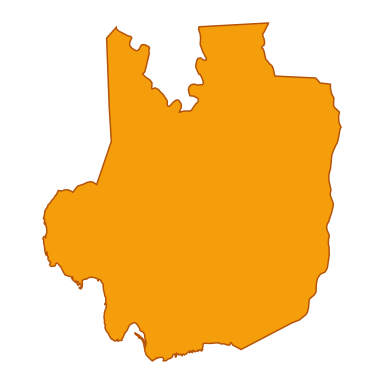 the district of Black Bay, Laborie, Saint Lucia
{"feature_id": "8701671B96951790647096", "entity_name": "Black Bay", "entity_type": "district", "adm_level": 2, "iso_a3": "LCA", "parent_name": "Saint Lucia", "parent_adm1": "Laborie", "projection": "equal_earth", "projection_center": [-60.985, 13.744], "detail": "fine", "context": "isolated", "style": "filled", "palette": "amber", "viewbox_px": 384, "rotation_deg": 0, "n_neighbors": 0, "source": "geoboundaries", "source_scale": "gbopen_adm2", "svg_char_len": 5887}
<svg xmlns="http://www.w3.org/2000/svg" viewBox="0 0 384 384"><path d="M106.6,38.2L109.2,106.5L111.3,141.5L96.7,184.5L92.8,182.1L89.8,181.8L87.0,182.5L83.5,184.2L77.7,186.1L72.8,192.3L71.3,191.2L68.0,189.8L64.5,190.0L61.6,191.0L58.3,190.5L56.8,193.9L54.9,196.3L54.2,197.8L51.8,200.3L51.3,201.3L49.8,203.2L48.0,205.1L47.6,206.5L45.1,210.4L44.2,216.4L43.4,218.3L43.5,218.7L44.6,219.1L44.4,219.8L44.8,221.1L44.2,222.2L44.3,223.4L44.7,224.1L45.3,223.0L45.7,223.4L46.0,226.1L46.6,227.8L46.8,232.1L46.4,233.9L45.7,235.4L45.8,237.5L45.6,237.7L44.8,236.6L44.1,236.5L43.2,237.6L42.9,238.9L43.4,239.2L43.8,241.7L43.6,242.8L44.3,245.5L44.9,250.8L45.7,254.3L46.3,255.1L46.6,255.3L46.8,255.0L46.8,251.8L46.9,251.4L47.4,255.9L48.3,256.5L48.0,257.8L48.1,259.4L48.3,259.9L49.3,260.8L49.4,261.6L50.7,262.1L50.5,263.0L49.6,264.5L50.0,265.5L51.4,266.5L52.2,266.2L54.6,266.1L55.1,265.7L56.0,263.4L56.5,263.0L57.4,263.1L60.8,267.0L63.7,272.7L65.3,275.1L66.8,275.4L68.2,276.1L72.1,276.9L71.7,278.2L72.0,278.4L72.6,277.8L73.0,277.9L72.3,279.2L72.4,279.8L73.6,280.1L74.4,281.5L75.0,282.0L75.8,282.2L76.2,281.0L77.3,281.9L78.7,281.6L77.2,282.8L76.9,283.2L77.0,283.6L78.0,285.2L78.5,285.2L79.3,283.5L79.7,283.4L79.8,284.4L80.8,284.4L81.1,284.8L81.4,286.0L81.2,286.4L80.2,287.4L79.3,287.4L79.4,288.2L80.2,288.8L80.7,288.9L81.5,288.2L82.1,287.0L82.5,284.0L82.0,281.0L83.5,279.6L85.1,279.1L86.6,279.1L88.8,277.5L91.4,277.3L94.4,277.6L97.7,278.9L97.6,280.0L97.8,280.6L98.2,280.8L99.2,279.4L100.7,280.1L101.5,282.3L103.2,284.2L103.4,284.9L102.9,286.0L103.3,287.5L103.4,289.1L104.6,294.1L104.7,295.7L105.6,297.2L105.9,299.9L105.8,302.3L104.9,303.7L104.8,304.4L105.3,304.6L106.2,304.1L106.4,304.9L106.1,307.5L104.5,312.2L104.0,317.5L104.5,320.4L104.4,322.9L105.3,325.5L105.0,327.8L106.3,331.0L108.3,333.6L110.3,337.7L111.7,339.2L112.4,339.1L113.4,340.3L113.9,340.3L114.8,341.0L116.0,340.9L117.5,339.5L117.8,340.9L118.1,341.2L118.4,341.2L119.0,340.5L121.1,340.5L122.0,340.2L122.0,339.2L122.4,338.1L123.2,337.2L123.5,336.2L123.9,335.6L124.1,334.6L124.9,333.1L127.1,330.3L129.2,325.7L130.2,324.7L133.2,322.8L135.2,322.8L136.7,324.0L139.2,327.5L140.3,330.7L142.9,332.0L144.2,333.5L144.7,335.5L144.7,337.2L145.9,341.2L145.9,342.4L146.1,342.4L145.5,346.5L145.3,346.2L145.3,344.2L144.5,342.3L144.1,340.6L141.9,337.7L140.5,336.9L139.6,335.6L136.0,333.4L135.2,332.9L134.8,333.3L136.0,334.8L138.5,336.5L138.8,337.8L139.5,338.3L140.4,338.1L142.3,340.3L142.9,341.3L143.8,344.5L144.4,347.3L144.8,350.5L146.1,354.6L148.4,357.3L152.3,361.0L153.7,359.8L153.9,360.0L155.8,358.8L156.0,358.0L156.9,358.3L159.4,357.4L161.1,357.3L162.4,357.5L163.2,358.1L163.8,359.3L163.6,360.1L163.2,360.6L163.6,360.9L165.6,360.7L166.6,360.3L168.5,358.8L169.4,358.8L172.0,357.4L172.9,354.8L174.7,354.1L175.2,354.0L175.4,354.3L175.2,356.7L175.6,357.0L176.3,356.6L176.1,354.5L176.6,353.4L177.3,354.4L177.6,354.2L178.5,354.6L178.6,354.2L179.1,354.8L180.4,354.7L180.6,354.3L182.0,355.7L182.4,354.8L182.9,354.1L184.5,354.9L185.3,354.2L186.6,353.8L187.4,352.4L188.3,352.0L188.7,351.8L189.5,352.6L190.1,352.2L190.3,350.7L190.6,350.6L190.8,351.0L190.6,351.7L190.8,352.0L191.6,352.1L191.9,351.8L192.3,352.5L192.7,352.1L192.9,350.5L193.4,350.3L194.6,351.7L195.4,351.6L196.6,350.9L197.4,351.0L197.7,350.5L198.2,350.4L198.4,350.9L199.0,349.9L199.7,349.9L200.9,350.6L201.2,350.3L201.2,350.8L201.7,350.9L202.7,349.4L202.2,348.3L203.0,346.4L202.9,344.7L203.1,343.9L204.5,343.3L211.3,343.4L214.6,343.0L217.8,342.9L219.8,343.2L221.0,344.0L223.6,343.7L227.6,345.0L229.4,345.1L229.8,344.9L230.4,343.1L230.8,342.7L231.6,343.3L232.8,345.1L241.1,349.5L292.1,322.8L299.5,319.9L306.0,314.5L307.2,312.6L307.9,310.5L308.6,306.8L309.2,300.0L309.5,299.2L309.9,298.6L314.0,295.2L315.7,292.7L316.0,291.6L316.2,286.6L316.6,282.3L317.4,279.0L318.0,277.5L320.4,274.2L323.0,272.9L324.3,272.5L325.1,271.8L325.9,270.9L327.1,268.4L327.5,267.1L329.1,255.8L329.3,253.7L329.0,248.7L329.1,247.0L328.5,244.7L328.3,242.3L328.6,239.1L329.2,236.9L329.2,235.4L328.9,234.4L327.2,230.4L326.7,228.1L326.6,226.5L327.3,224.0L328.9,221.3L330.1,216.9L331.5,213.1L333.1,206.3L333.3,204.2L333.2,203.3L330.3,195.3L330.2,194.1L331.0,189.8L329.3,182.5L328.9,179.7L328.9,175.0L329.3,172.8L330.5,168.6L331.8,154.9L333.9,149.3L337.5,141.9L338.5,137.8L340.0,129.4L341.1,127.1L339.4,123.8L338.8,120.7L338.6,116.5L338.7,115.2L339.4,113.1L339.2,111.9L334.7,107.6L333.8,106.2L333.5,104.0L333.9,97.9L332.0,94.7L331.3,92.6L330.5,88.5L330.4,84.2L320.1,83.0L315.7,78.0L275.1,76.1L274.0,72.9L273.8,71.1L272.8,67.5L271.8,65.6L269.6,63.8L265.6,58.8L264.3,52.6L263.3,49.2L261.8,47.9L262.0,46.8L263.5,45.3L263.8,45.3L264.3,44.2L264.5,43.3L264.5,41.5L263.9,38.4L262.7,35.7L262.8,34.1L265.1,30.2L267.2,25.7L268.1,24.4L268.4,23.0L199.0,26.8L198.7,29.7L200.1,33.8L200.6,37.9L200.2,44.7L202.9,52.0L206.3,58.4L205.9,60.2L204.8,60.4L203.4,59.9L200.5,57.9L197.8,58.5L196.6,61.2L195.9,65.0L195.9,67.6L199.0,74.4L200.1,74.4L200.8,75.5L202.9,80.5L203.5,83.3L202.3,84.7L199.8,84.7L198.7,85.2L194.8,84.3L193.0,84.2L190.9,85.0L189.3,86.6L189.0,87.3L188.4,89.6L188.8,92.0L189.8,95.5L190.0,95.8L193.5,96.1L197.7,98.2L198.4,100.0L198.0,101.4L197.8,101.9L195.7,104.1L191.2,110.5L190.3,111.0L183.6,111.1L179.3,112.3L179.3,111.9L181.1,108.0L181.4,105.9L181.0,103.6L178.9,100.5L178.1,100.1L176.5,100.0L175.8,100.3L173.3,102.2L170.0,105.9L169.1,106.3L167.6,105.9L167.1,104.6L167.4,101.9L167.1,100.5L162.8,94.1L160.5,92.1L158.7,89.7L156.1,88.3L155.1,87.9L152.3,88.9L151.8,88.6L151.7,87.8L152.0,83.6L151.8,82.5L150.0,80.1L145.9,77.3L142.9,74.5L142.8,73.6L144.1,72.8L145.0,71.3L149.0,54.7L149.2,53.2L148.8,50.3L149.6,48.1L148.9,46.8L145.4,44.9L142.8,44.6L141.7,45.0L140.9,45.7L139.4,48.8L138.1,50.2L137.0,50.7L136.3,50.7L134.4,49.9L131.9,48.2L130.1,46.1L129.7,45.1L129.7,43.4L129.9,42.3L130.9,39.5L131.7,38.1L131.6,37.2L130.3,36.5L127.7,35.7L119.1,31.3L116.6,29.1L116.2,28.0L116.2,27.4L106.6,38.2Z" fill="#f59e0b" stroke="#b45309" stroke-width="1.5"/></svg>